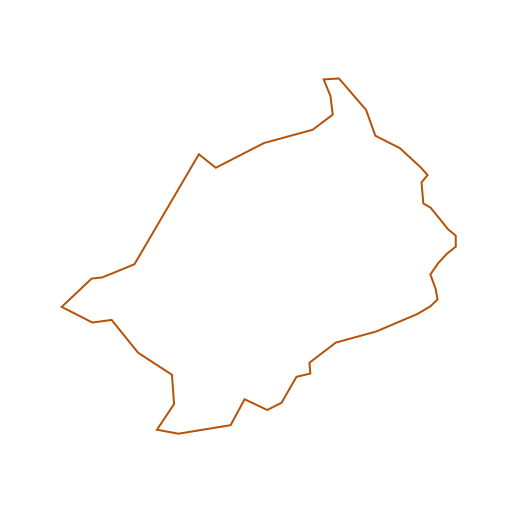 Librazhd, Elbasan, Albania (Albers equal-area conic projection), rotated 80°
{"feature_id": "67620474B87569046172350", "entity_name": "Librazhd", "entity_type": "district", "adm_level": 2, "iso_a3": "ALB", "parent_name": "Albania", "parent_adm1": "Elbasan", "projection": "albers", "projection_center": [20.392, 41.155], "detail": "fine", "context": "isolated", "style": "outline", "palette": "amber", "viewbox_px": 512, "rotation_deg": 80, "n_neighbors": 0, "source": "geoboundaries", "source_scale": "gbopen_adm2", "svg_char_len": 722}
<svg xmlns="http://www.w3.org/2000/svg" viewBox="0 0 512 512"><g transform="rotate(80 256 256)"><path d="M174.8,95.6L158.3,117.6L131.3,122.2L95.6,143.5L93.8,158.7L111.3,154.9L130.1,155.9L141.5,178.3L146.1,228.4L162.1,280.3L145.9,294.6L243.0,377.1L250.4,411.1L249.7,421.8L272.4,456.2L293.1,428.7L293.9,409.3L330.8,388.9L358.4,359.4L387.6,362.4L409.9,383.7L417.5,363.3L418.2,310.4L395.1,292.1L409.6,271.7L405.0,256.4L382.0,237.1L381.2,222.9L370.4,221.9L355.1,192.4L351.2,150.7L341.2,107.4L335.8,92.9L330.3,84.8L319.5,84.8L304.5,87.5L294.4,77.5L286.9,67.6L281.5,57.6L270.6,55.8L263.1,62.2L251.6,68.5L238.7,75.7L233.3,82.1L212.2,80.2L206.1,73.0L197.3,78.4L174.8,95.6Z" fill="none" stroke="#b45309" stroke-width="2"/></g></svg>